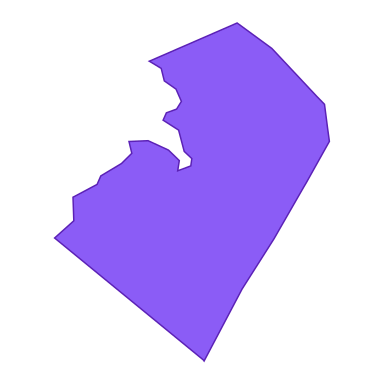 the district of Summers, West Virginia, United States of America
{"feature_id": "52423323B65894657308494", "entity_name": "Summers", "entity_type": "district", "adm_level": 2, "iso_a3": "USA", "parent_name": "United States of America", "parent_adm1": "West Virginia", "projection": "robinson", "projection_center": [-80.878, 37.649], "detail": "fine", "context": "isolated", "style": "filled", "palette": "violet", "viewbox_px": 384, "rotation_deg": 0, "n_neighbors": 0, "source": "geoboundaries", "source_scale": "gbopen_adm2", "svg_char_len": 565}
<svg xmlns="http://www.w3.org/2000/svg" viewBox="0 0 384 384"><path d="M203.4,360.0L204.1,361.0L242.1,289.0L274.0,238.8L303.7,187.1L306.2,182.9L329.4,141.4L327.6,128.3L324.5,104.3L316.7,96.3L271.8,48.4L237.1,23.0L149.3,61.2L161.2,68.4L164.3,80.9L176.0,89.1L181.4,101.4L176.6,109.1L166.4,112.8L163.1,120.2L178.6,130.1L184.2,151.4L191.8,158.6L190.8,165.9L177.7,170.8L179.3,160.6L168.5,150.1L148.1,140.7L129.0,141.5L131.8,153.3L121.5,163.5L100.8,175.9L97.1,184.4L73.0,197.2L73.8,220.8L54.6,238.0L203.4,360.0Z" fill="#8b5cf6" stroke="#5b21b6" stroke-width="1.5"/></svg>